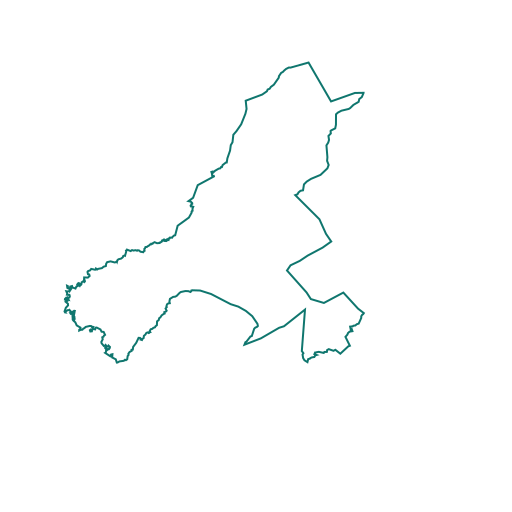 outline of Norðurþing, Norðurland eystra, Iceland, rotated 232°
{"feature_id": "244011B18729557885943", "entity_name": "Norðurþing", "entity_type": "district", "adm_level": 2, "iso_a3": "ISL", "parent_name": "Iceland", "parent_adm1": "Norðurland eystra", "projection": "orthographic", "projection_center": [-16.378, 66.009], "detail": "fine", "context": "isolated", "style": "outline", "palette": "teal", "viewbox_px": 512, "rotation_deg": 232, "n_neighbors": 0, "source": "geoboundaries", "source_scale": "gbopen_adm2", "svg_char_len": 5999}
<svg xmlns="http://www.w3.org/2000/svg" viewBox="0 0 512 512"><g transform="rotate(232 256 256)"><path d="M347.2,113.4L345.1,112.4L344.1,113.2L342.7,112.6L342.5,110.2L344.9,107.4L342.6,105.4L342.2,106.0L341.3,105.5L341.2,104.6L342.5,104.4L342.6,102.4L341.2,101.0L341.0,100.3L341.2,99.4L340.9,98.7L342.3,98.6L342.6,99.4L342.3,100.1L343.8,99.7L344.0,98.8L343.6,97.6L342.0,97.7L342.5,96.8L342.2,96.5L342.5,95.6L341.5,93.7L344.5,91.9L345.6,92.5L346.3,90.8L345.5,90.0L344.1,90.7L343.4,88.6L344.1,89.2L346.7,88.2L348.1,89.2L348.9,88.8L347.0,87.7L344.6,88.8L343.7,88.4L343.2,87.6L344.0,85.7L345.0,84.8L342.5,84.1L341.9,83.2L340.1,85.0L338.9,84.5L338.2,83.4L338.8,82.0L339.3,82.0L339.1,81.1L340.0,80.8L339.8,79.1L339.3,78.6L337.7,80.1L339.0,81.1L339.0,81.8L337.0,81.4L337.6,81.0L336.7,80.0L336.8,79.4L337.5,80.0L337.2,77.8L334.2,78.4L332.8,77.5L332.3,74.3L330.2,71.0L329.1,70.8L328.9,71.0L329.5,71.0L329.3,74.1L328.3,75.7L327.0,75.9L325.1,74.4L324.2,74.7L324.0,75.3L324.4,74.6L326.6,75.9L325.0,76.0L324.8,79.0L324.3,79.4L323.3,78.0L323.6,77.3L322.9,77.8L321.9,76.6L322.1,76.0L321.4,75.8L321.9,75.4L321.2,74.7L320.3,74.4L320.3,75.2L319.5,75.2L318.0,74.3L317.0,72.4L315.0,72.8L311.7,72.0L307.6,73.6L306.8,73.0L306.7,71.3L306.1,70.8L305.8,72.3L304.8,73.8L305.1,75.3L304.8,76.3L305.0,78.1L303.2,82.0L302.2,83.0L300.3,82.9L301.4,83.2L300.3,84.1L298.6,80.8L299.7,80.4L299.9,81.2L299.8,79.4L298.5,79.0L297.7,80.3L298.8,81.5L298.6,82.8L297.2,84.1L298.3,85.4L297.7,86.4L293.9,88.2L291.4,87.7L290.0,89.2L286.8,88.5L286.8,87.0L286.3,86.1L286.6,84.8L284.7,83.9L283.5,81.2L282.3,80.6L278.8,80.7L278.3,81.8L278.5,82.7L276.5,82.7L275.9,84.0L276.2,84.6L274.2,84.9L273.5,84.0L273.3,83.4L273.6,83.3L273.2,82.5L273.5,82.1L273.5,81.0L274.2,81.1L274.2,80.1L272.4,78.2L272.5,77.5L266.5,79.5L266.4,80.1L267.3,80.2L267.6,81.1L267.0,82.4L264.6,80.2L260.9,81.9L257.7,80.7L257.3,81.3L257.0,83.5L254.8,87.3L254.9,88.9L254.0,89.3L253.9,90.9L256.2,93.3L256.5,94.7L257.6,95.3L258.2,97.3L257.8,99.6L258.7,100.2L258.1,101.3L260.0,103.2L261.3,108.1L263.8,113.1L262.8,114.2L261.6,114.4L261.2,113.6L260.0,114.4L260.6,115.4L260.5,116.9L262.1,118.5L262.2,120.7L262.8,121.7L262.7,123.2L261.1,125.8L262.3,126.1L263.1,127.9L262.4,129.5L262.6,130.8L262.0,132.5L262.5,133.5L262.5,135.3L265.4,137.8L265.4,139.9L266.6,141.4L266.5,142.8L267.3,145.1L267.2,147.5L266.9,148.6L268.2,149.1L267.7,151.1L267.9,151.9L270.3,152.4L270.9,155.1L270.8,154.3L271.4,154.3L272.7,156.1L272.6,157.9L271.9,159.0L273.5,159.8L275.2,161.8L274.8,165.5L273.7,167.3L273.4,168.9L274.0,173.2L273.9,174.6L271.9,178.7L270.0,181.0L268.0,182.2L268.1,183.4L268.6,183.8L268.3,184.6L263.2,190.7L253.7,197.2L233.6,206.4L227.0,210.9L219.0,214.2L210.9,216.0L201.7,215.4L199.7,214.4L199.5,213.4L200.0,211.3L199.8,209.8L195.5,203.4L196.0,202.1L194.4,195.8L194.6,194.6L193.2,192.3L188.1,209.1L185.2,230.0L183.4,234.8L183.6,261.6L152.9,233.6L150.2,233.5L149.7,232.0L146.5,230.3L144.0,230.0L140.7,231.2L142.6,233.6L141.9,235.4L142.1,235.9L141.7,237.6L140.5,239.8L141.2,241.5L140.7,242.8L142.7,241.6L143.2,242.5L142.4,242.5L143.1,242.8L143.2,243.8L141.8,246.5L137.9,249.7L138.3,250.8L136.8,252.8L138.1,254.2L137.8,256.0L133.6,258.7L133.2,260.8L127.1,262.3L128.0,273.1L127.5,274.7L137.2,276.7L137.8,279.7L138.6,280.9L138.8,283.1L137.4,285.7L139.4,286.4L139.4,285.2L142.4,286.7L141.0,289.0L141.1,289.8L140.1,291.5L140.2,293.4L139.5,295.3L142.4,300.8L143.7,301.8L144.3,303.5L144.2,304.6L144.6,305.8L151.7,304.0L173.4,302.3L177.2,280.6L188.3,272.7L196.1,273.4L225.5,271.5L227.4,277.5L225.2,287.5L224.5,297.0L221.6,313.6L221.1,324.2L230.4,324.8L245.9,328.6L279.8,324.4L279.1,326.7L279.9,328.6L280.0,331.2L278.8,333.5L282.9,337.9L283.4,341.8L282.9,346.9L280.2,356.8L281.1,366.2L283.0,369.3L287.2,370.6L289.9,373.1L299.8,379.6L300.9,382.7L302.5,385.0L306.0,387.0L306.5,390.4L308.6,391.7L308.7,392.5L307.8,397.0L310.2,399.8L318.4,406.3L318.6,408.8L317.9,412.8L314.8,419.6L314.6,421.2L315.1,425.9L314.3,431.8L316.1,434.0L316.1,437.2L318.1,440.9L318.4,441.2L323.6,434.3L331.6,410.3L376.1,416.5L383.2,399.2L384.3,397.9L384.9,394.9L384.8,392.2L384.5,390.7L384.8,388.5L383.6,384.8L382.5,383.7L380.0,375.5L380.1,371.8L379.4,369.7L380.0,367.7L379.1,366.0L379.4,360.3L384.7,343.5L377.7,339.1L374.6,335.2L368.9,325.4L366.4,317.4L365.5,312.8L360.1,307.5L358.9,304.4L355.0,300.4L350.6,293.6L347.7,290.5L348.2,289.8L348.2,285.7L347.1,283.9L347.6,283.3L347.1,281.8L347.8,280.4L348.4,276.1L348.2,274.9L349.2,274.0L349.7,272.6L348.6,272.2L348.0,272.9L347.3,271.5L345.8,270.7L345.1,272.0L344.6,271.8L347.7,253.7L340.6,242.3L340.8,236.6L338.9,238.1L337.0,238.3L336.4,237.9L336.6,236.9L336.0,236.6L336.0,235.6L335.2,235.2L333.4,236.8L332.3,235.0L330.7,233.9L330.9,233.2L330.6,232.5L329.8,232.0L327.6,226.8L328.1,212.9L322.1,205.1L322.6,204.0L322.4,201.6L322.1,201.2L323.6,199.4L323.4,198.7L323.5,198.0L323.0,198.1L323.0,196.7L322.6,196.6L323.6,195.3L323.0,195.2L323.0,194.5L323.8,193.6L324.2,194.4L324.3,193.8L325.7,193.7L325.8,192.9L325.2,192.5L326.0,191.5L325.4,190.8L325.6,190.5L325.4,189.7L325.9,188.3L325.6,188.0L327.0,185.9L329.3,184.6L329.6,182.8L329.3,182.0L330.2,181.0L329.8,180.3L330.3,179.7L330.1,177.8L330.4,176.5L330.3,175.6L331.1,174.4L330.4,173.3L330.3,172.3L328.7,171.4L328.9,170.5L328.4,169.5L330.5,167.6L332.5,167.2L333.5,166.1L333.4,165.5L334.7,164.7L335.8,162.7L336.7,162.2L337.1,161.6L337.0,160.3L340.4,158.3L340.1,157.9L340.3,156.9L339.5,156.6L336.8,152.9L337.4,152.6L337.7,151.2L337.0,150.3L337.0,148.1L338.1,145.6L338.0,144.2L337.1,143.0L337.5,143.1L337.5,141.6L337.9,140.7L341.3,138.1L342.8,134.9L342.1,133.1L340.5,131.5L341.4,129.3L341.3,127.1L343.1,123.6L343.1,122.7L344.6,122.2L343.9,121.4L344.3,120.7L347.3,118.2L346.8,116.5L347.5,114.3L347.2,113.4ZM318.7,72.4L317.7,72.3L319.5,73.2L319.0,73.4L319.2,73.8L320.9,74.0L318.7,72.4ZM277.3,80.5L275.6,80.5L275.6,81.2L277.3,80.5ZM323.6,76.3L324.2,75.6L322.7,76.1L323.6,76.3ZM322.5,75.6L322.3,75.0L321.6,74.3L322.2,75.4L322.5,75.6ZM261.5,124.1L261.1,123.9L260.6,123.8L260.9,124.0L261.5,124.1Z" fill="none" stroke="#0f766e" stroke-width="2"/></g></svg>